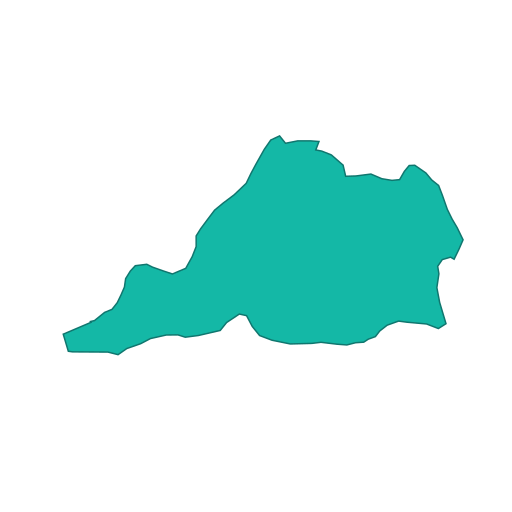 outline of Arvika, Värmland, Sweden, rotated 257°
{"feature_id": "70781695B82025139549560", "entity_name": "Arvika", "entity_type": "district", "adm_level": 2, "iso_a3": "SWE", "parent_name": "Sweden", "parent_adm1": "Värmland", "projection": "orthographic", "projection_center": [12.668, 59.764], "detail": "fine", "context": "isolated", "style": "filled", "palette": "teal", "viewbox_px": 512, "rotation_deg": 257, "n_neighbors": 0, "source": "geoboundaries", "source_scale": "gbopen_adm2", "svg_char_len": 1396}
<svg xmlns="http://www.w3.org/2000/svg" viewBox="0 0 512 512"><g transform="rotate(257 256 256)"><path d="M205.4,51.7L203.9,55.6L195.7,90.1L190.9,99.4L194.9,109.3L196.5,123.9L199.3,134.6L199.2,150.8L196.7,162.2L192.8,168.8L191.5,181.9L191.5,204.4L197.8,212.4L203.2,226.7L200.0,233.4L188.2,236.5L177.7,241.6L170.3,252.7L162.6,269.6L158.3,290.7L157.3,299.9L151.8,315.2L148.9,324.5L149.1,333.5L147.8,341.6L149.7,346.7L150.6,354.2L155.1,359.7L159.1,368.3L160.5,380.3L157.5,388.3L151.4,406.9L144.3,417.4L147.3,425.9L169.4,424.5L184.5,425.1L197.5,430.2L205.1,430.7L210.6,436.7L211.1,445.3L208.3,448.3L217.1,455.4L225.2,461.4L238.3,458.4L247.8,455.4L258.4,452.9L273.0,451.3L283.6,449.8L290.6,444.3L298.7,440.2L308.7,431.1L309.5,426.7L309.7,425.6L305.1,419.6L298.1,413.1L299.1,405.5L303.0,396.0L310.0,386.4L311.5,371.4L313.5,361.3L325.0,361.3L326.7,360.0L337.5,352.2L343.4,343.7L345.9,338.1L353.4,343.1L355.9,335.1L358.8,322.6L359.2,310.1L366.0,306.8L367.7,306.0L365.7,296.5L358.1,288.1L345.6,276.7L337.6,269.7L329.0,262.8L320.5,248.4L315.0,236.0L310.0,226.0L303.0,217.6L295.0,208.2L289.0,202.2L278.6,199.8L269.7,193.7L259.8,184.8L257.3,170.5L262.3,162.3L268.4,152.7L272.5,147.7L273.7,136.2L269.6,130.2L263.3,123.9L255.3,120.8L248.4,115.7L241.7,110.3L236.4,103.7L235.1,95.8L229.4,84.1L229.4,80.0L228.5,80.4L224.5,58.0L223.2,50.6L205.4,51.7Z" fill="#14b8a6" stroke="#0f766e" stroke-width="1.5"/></g></svg>